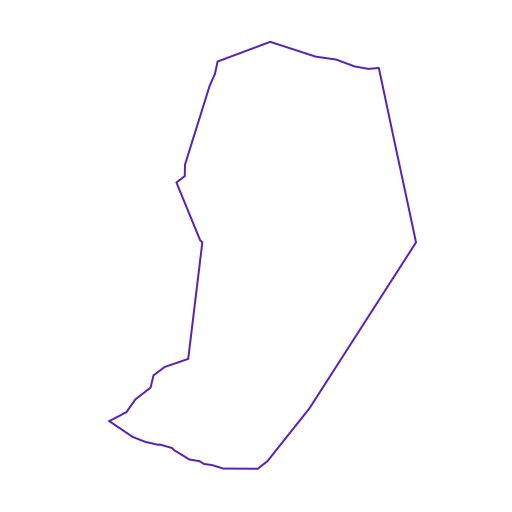 Derierre Fort/Old Victoria Road, Castries, Saint Lucia, rotated 85°
{"feature_id": "8701671B52595214845054", "entity_name": "Derierre Fort/Old Victoria Road", "entity_type": "district", "adm_level": 2, "iso_a3": "LCA", "parent_name": "Saint Lucia", "parent_adm1": "Castries", "projection": "equal_earth", "projection_center": [-60.984, 13.994], "detail": "fine", "context": "isolated", "style": "outline", "palette": "violet", "viewbox_px": 512, "rotation_deg": 85, "n_neighbors": 0, "source": "geoboundaries", "source_scale": "gbopen_adm2", "svg_char_len": 681}
<svg xmlns="http://www.w3.org/2000/svg" viewBox="0 0 512 512"><g transform="rotate(85 256 256)"><path d="M435.7,369.4L435.4,368.3L440.0,356.3L442.5,354.3L445.8,349.7L452.9,340.2L455.4,330.3L458.7,325.8L460.3,318.4L464.9,307.2L468.1,272.8L461.4,262.5L412.5,216.1L256.4,95.4L218.1,100.1L154.9,108.0L79.7,117.2L79.4,117.5L79.4,127.6L75.7,141.4L67.3,159.0L62.6,179.2L46.5,217.1L43.9,223.2L58.9,277.3L71.0,281.0L82.3,287.3L158.9,318.8L170.2,320.0L175.8,328.8L181.2,327.2L235.3,310.3L236.6,309.2L237.9,308.3L352.6,332.5L358.5,356.5L366.0,368.5L377.9,372.5L388.3,388.6L400.2,398.6L407.7,416.6L425.5,394.6L431.5,382.6L435.7,369.4Z" fill="none" stroke="#5b21b6" stroke-width="2"/></g></svg>